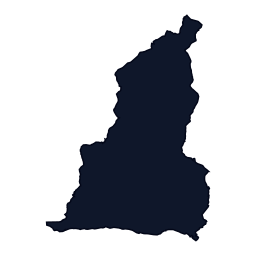 Varghis, Covasna, Romania (Albers equal-area conic projection)
{"feature_id": "2599482B86735407816142", "entity_name": "Varghis", "entity_type": "district", "adm_level": 2, "iso_a3": "ROU", "parent_name": "Romania", "parent_adm1": "Covasna", "projection": "albers", "projection_center": [25.537, 46.156], "detail": "fine", "context": "isolated", "style": "filled", "palette": "ink", "viewbox_px": 256, "rotation_deg": 0, "n_neighbors": 0, "source": "geoboundaries", "source_scale": "gbopen_adm2", "svg_char_len": 5819}
<svg xmlns="http://www.w3.org/2000/svg" viewBox="0 0 256 256"><path d="M46.8,225.1L49.9,226.1L52.9,228.2L53.6,229.8L54.2,230.3L54.6,230.5L56.2,230.1L57.7,230.4L58.3,230.6L59.5,231.6L62.7,231.4L64.3,230.7L64.5,230.0L65.2,229.6L65.5,230.2L65.9,230.1L66.4,229.8L69.6,228.6L71.0,228.4L72.4,228.3L73.6,228.5L75.8,228.4L79.0,228.9L80.2,229.4L82.0,228.9L84.5,228.5L85.9,229.1L87.8,229.2L92.1,228.4L93.2,228.5L94.3,228.8L95.6,228.7L101.0,227.6L102.9,227.8L104.6,227.3L105.5,226.5L109.9,228.1L110.7,228.0L113.8,227.3L118.9,227.9L121.1,228.5L122.0,229.0L123.2,229.1L125.3,228.8L128.8,229.2L132.5,230.2L136.7,232.7L138.9,233.3L139.1,233.3L139.5,232.9L139.5,232.4L144.0,233.6L147.9,233.7L153.6,234.6L157.1,234.8L157.6,234.7L158.9,234.0L159.9,234.0L161.8,232.5L161.8,232.2L162.1,231.7L163.1,231.5L163.9,230.9L165.8,230.7L165.8,230.2L166.0,230.1L168.6,229.5L172.8,229.5L174.5,229.9L174.8,230.2L179.3,231.8L180.7,232.6L184.2,233.9L185.0,234.0L186.0,233.2L188.2,234.3L189.6,235.8L190.2,236.8L191.0,236.3L191.8,235.4L192.1,235.4L192.8,236.3L192.4,237.2L192.1,237.5L193.1,238.6L195.9,240.6L197.4,239.4L198.3,237.9L198.4,237.5L198.0,236.9L197.3,236.4L195.6,235.9L195.8,235.4L196.2,235.0L196.6,235.1L196.8,234.8L196.7,234.3L195.9,233.8L195.6,233.4L195.5,231.7L199.0,229.3L199.4,228.8L199.5,228.1L200.7,227.6L202.5,227.3L202.7,227.0L202.6,226.2L202.9,225.7L204.1,225.0L204.6,224.3L205.5,224.2L205.9,223.2L205.9,221.8L206.6,221.5L206.2,220.7L205.1,220.0L203.4,219.3L202.0,214.6L208.2,206.7L208.5,205.6L207.7,205.2L207.8,204.1L208.5,202.6L208.6,202.0L208.1,199.9L208.8,197.6L208.2,196.2L209.0,195.9L208.8,195.0L208.4,194.4L208.3,194.0L208.7,192.0L208.4,190.6L208.8,189.5L209.4,188.4L208.6,187.0L207.8,187.7L207.2,186.8L206.4,184.5L204.8,181.4L204.5,178.9L204.6,177.8L204.5,176.9L205.0,175.2L207.6,172.4L208.1,171.4L208.6,171.4L207.2,170.1L204.3,167.9L202.9,165.9L202.0,165.3L197.6,163.7L196.0,162.7L195.3,162.0L195.1,161.4L194.7,158.8L194.3,158.5L193.2,158.8L193.0,159.3L192.9,160.3L192.1,159.5L191.3,158.3L191.0,158.1L187.5,157.6L186.7,157.3L185.0,156.1L184.5,155.7L184.4,155.0L184.1,154.5L182.2,152.9L181.8,152.3L181.7,151.7L182.2,151.0L182.2,150.4L181.4,147.5L181.6,146.6L182.5,145.5L183.8,142.2L184.1,141.7L184.7,141.4L184.4,141.0L185.3,138.4L185.2,137.7L185.4,136.0L185.2,134.6L185.4,132.7L185.7,131.4L185.5,129.9L185.7,128.0L185.5,126.0L186.5,124.6L187.7,123.6L188.1,123.0L190.0,121.5L190.2,121.0L189.6,119.6L190.1,117.9L189.9,116.1L189.7,115.6L190.6,114.4L192.6,112.2L192.9,111.3L193.0,110.0L193.3,109.2L194.3,107.9L194.9,106.3L197.0,102.9L197.5,101.8L198.0,99.8L198.6,96.5L197.9,94.4L197.5,93.6L196.0,92.4L192.9,89.5L192.1,89.0L190.1,86.5L190.0,85.3L190.2,84.7L190.7,83.7L192.3,81.9L193.0,80.0L193.0,79.6L192.9,79.2L192.3,78.0L192.5,77.1L192.1,76.3L191.9,74.7L191.4,72.9L191.2,70.2L190.4,68.1L190.1,66.1L190.0,63.6L190.7,62.1L190.8,61.0L190.1,59.1L187.3,53.2L186.8,53.3L184.7,50.2L188.8,47.1L189.2,46.6L190.4,44.3L191.5,43.0L195.9,40.7L196.0,40.2L195.9,39.6L195.7,39.0L195.3,38.4L195.2,34.6L195.3,33.8L195.9,33.2L196.1,32.7L196.2,32.3L196.5,32.0L196.6,31.7L197.2,31.2L197.7,30.5L198.6,30.3L198.6,30.1L198.2,29.8L198.7,29.2L201.1,27.3L201.9,24.9L198.3,21.6L197.6,21.3L190.6,19.4L187.6,16.3L186.9,15.4L186.3,16.0L184.0,17.3L184.0,17.6L184.5,18.1L184.3,18.3L183.4,18.6L183.3,19.2L183.6,19.4L183.5,20.4L183.0,21.2L182.7,22.5L182.7,23.3L183.0,23.5L183.0,24.3L182.5,25.9L181.7,26.7L181.4,27.6L180.7,28.1L180.2,30.3L180.0,31.4L180.2,32.6L179.4,33.3L179.3,33.6L179.0,34.1L176.9,34.3L175.4,33.5L174.8,33.4L173.7,34.0L173.1,33.6L172.7,33.0L170.9,32.2L170.5,31.6L168.2,31.4L167.2,30.9L166.2,32.6L164.9,36.0L164.6,36.3L163.5,36.1L162.3,36.5L158.4,39.2L157.4,39.7L155.9,39.9L155.0,40.6L153.7,41.3L153.4,41.7L153.3,42.0L153.8,43.0L154.0,43.9L151.7,43.4L151.3,46.5L151.9,48.2L151.2,48.9L146.8,50.6L145.1,51.5L142.5,52.1L140.2,52.4L139.4,53.4L138.1,55.9L131.3,61.9L130.2,62.5L127.7,63.1L123.1,67.4L121.9,68.1L118.2,69.7L117.5,70.8L115.6,73.0L115.1,74.8L115.5,75.1L116.4,76.4L116.7,77.2L116.8,79.3L117.1,80.7L117.9,81.6L118.5,83.1L119.0,83.9L119.2,84.5L119.3,86.1L120.9,86.7L121.0,87.9L120.8,90.1L120.3,90.9L120.1,91.2L118.8,91.7L116.6,94.1L118.2,98.6L118.4,100.6L117.9,102.2L116.5,104.5L114.8,108.4L114.3,109.2L114.0,109.2L113.8,110.0L113.9,110.7L114.5,112.1L116.5,115.5L117.5,116.7L118.4,117.5L119.2,117.9L118.3,118.5L116.3,120.9L116.1,121.4L115.8,123.0L114.9,124.2L113.0,126.5L110.1,128.2L109.5,128.8L108.7,130.4L108.6,132.5L108.1,133.4L107.5,135.2L107.4,136.2L107.6,137.0L107.6,137.4L106.9,138.4L106.5,138.5L106.0,139.1L106.0,139.5L105.6,139.6L105.1,139.3L105.4,140.3L105.0,140.6L105.2,141.4L105.0,141.8L104.7,142.0L104.2,141.9L103.7,142.8L102.6,142.7L102.4,143.1L101.8,142.2L99.9,142.8L99.0,142.3L96.0,142.2L95.2,142.6L94.7,143.2L93.3,143.8L92.5,144.4L91.7,144.5L91.4,144.7L91.4,145.1L89.5,145.4L86.1,144.8L83.3,145.0L82.5,145.9L81.4,146.8L81.1,148.4L80.5,149.4L80.4,151.1L80.9,151.8L81.0,154.0L81.1,154.4L81.5,154.7L82.1,157.8L82.9,159.6L83.0,160.7L83.5,161.5L83.6,163.3L83.8,164.0L83.6,165.0L83.0,165.7L81.4,166.8L80.5,167.9L80.2,168.6L79.4,169.3L79.6,171.1L80.6,174.4L79.8,176.9L80.1,177.3L80.2,177.6L79.5,181.5L79.8,183.0L80.5,184.2L80.6,185.9L79.6,186.5L79.2,187.3L78.6,187.7L77.9,188.8L77.4,188.9L76.8,189.7L75.9,190.1L75.3,191.4L74.6,191.7L74.9,192.2L74.4,192.8L74.2,192.9L74.6,193.2L74.7,193.8L74.1,193.9L74.1,194.3L73.4,194.4L73.3,195.0L72.8,195.0L72.9,195.4L73.3,195.8L73.7,196.3L74.2,196.2L74.4,196.5L73.9,196.6L73.3,197.1L72.0,198.7L71.3,199.3L71.0,199.8L70.7,201.2L69.7,202.6L68.1,203.2L67.4,204.2L67.1,205.2L67.3,206.1L67.1,207.4L67.4,208.1L67.4,208.5L67.3,210.7L67.0,212.2L66.6,213.2L64.9,214.5L66.1,215.9L66.8,216.9L66.4,217.7L66.1,217.9L65.7,219.0L64.5,219.2L64.1,219.5L63.2,219.7L63.0,220.0L62.2,220.4L61.9,221.0L60.9,221.6L60.3,221.6L59.5,222.0L46.6,222.2L46.8,225.1Z" fill="#0f172a" stroke="#020617" stroke-width="1.5"/></svg>